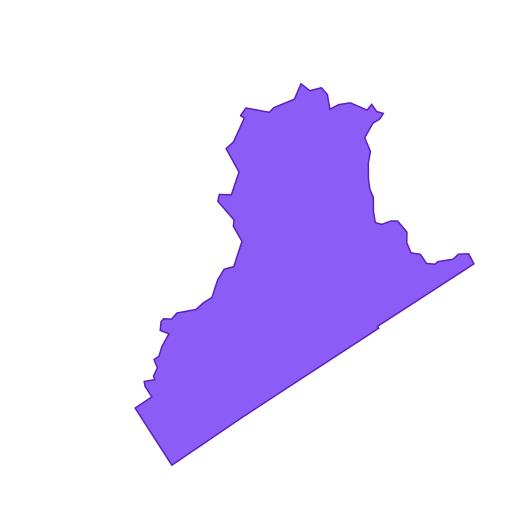 the district of Wasatch, Utah, United States of America, rotated 57°
{"feature_id": "52423323B18830256049393", "entity_name": "Wasatch", "entity_type": "district", "adm_level": 2, "iso_a3": "USA", "parent_name": "United States of America", "parent_adm1": "Utah", "projection": "equal_earth", "projection_center": [-111.263, 40.295], "detail": "fine", "context": "isolated", "style": "filled", "palette": "violet", "viewbox_px": 512, "rotation_deg": 57, "n_neighbors": 0, "source": "geoboundaries", "source_scale": "gbopen_adm2", "svg_char_len": 1107}
<svg xmlns="http://www.w3.org/2000/svg" viewBox="0 0 512 512"><g transform="rotate(57 256 256)"><path d="M150.5,109.5L146.7,120.8L136.1,124.5L145.4,138.4L141.3,160.2L142.7,166.6L126.4,183.8L129.7,192.2L130.1,192.5L134.0,190.7L148.0,212.6L149.7,222.6L176.3,224.5L191.3,243.4L184.4,253.2L189.3,258.2L213.9,254.8L218.7,258.8L236.1,259.8L252.8,280.4L249.7,289.9L255.1,301.1L266.7,315.4L266.6,326.0L268.2,335.4L260.7,353.4L263.0,361.2L258.3,367.7L259.4,371.4L266.3,376.9L273.8,371.4L280.8,384.4L287.2,392.0L287.3,397.9L296.1,399.6L300.8,407.3L304.5,408.4L300.3,418.1L304.9,420.0L317.4,420.1L317.7,440.2L385.6,440.5L383.8,355.0L383.6,300.8L383.4,192.4L381.2,192.4L381.3,77.5L370.0,76.5L364.7,85.3L366.1,92.3L359.7,106.7L360.4,110.3L355.1,117.1L344.1,117.2L337.8,124.3L327.0,122.3L318.1,116.4L303.8,118.2L300.1,123.9L298.0,133.2L293.0,137.8L282.4,133.1L270.6,125.6L262.1,124.2L252.6,119.7L239.1,111.1L230.7,103.1L216.0,100.4L208.3,85.6L208.5,77.6L205.8,71.5L200.5,76.1L191.8,76.4L194.1,83.4L178.9,93.5L174.1,104.1L173.2,114.1L159.5,108.2L150.5,109.5Z" fill="#8b5cf6" stroke="#5b21b6" stroke-width="1.5"/></g></svg>